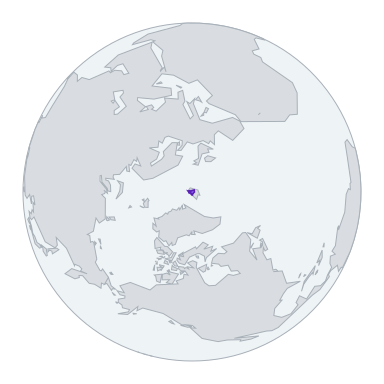 Norðurland eystra highlighted on a globe, orthographic projection, rotated 233°
{"feature_id": "ISL-702", "entity_name": "Norðurland eystra", "entity_type": "Region", "adm_level": 1, "iso_a3": "ISL", "parent_name": "Iceland", "parent_adm1": "", "projection": "orthographic", "projection_center": [-17.153, 65.518], "detail": "fine", "context": "on_globe", "style": "filled", "palette": "violet", "viewbox_px": 384, "rotation_deg": 233, "n_neighbors": 0, "source": "natural_earth", "source_scale": "10m", "svg_char_len": 11985}
<svg xmlns="http://www.w3.org/2000/svg" viewBox="0 0 384 384"><g transform="rotate(233 192 192)"><circle cx="192" cy="192" r="169" fill="#eef3f6" stroke="#a8b0b8"/><path d="M49.3,282.5L40.9,266.3L42.1,265.9L40.4,261.2L46.0,264.1L45.7,255.6L44.1,251.5L41.7,250.7L37.1,235.4L37.2,226.3L31.9,179.3L33.2,172.3L36.2,167.7L49.7,137.8L36.8,158.8L39.1,150.5L43.9,140.7L44.7,142.0L52.6,131.1L56.8,122.8L69.0,111.9L84.6,108.9L81.1,112.9L85.3,111.9L89.9,107.0L91.9,104.0L112.4,95.8L129.0,82.8L130.3,76.6L133.1,79.8L132.9,66.9L139.4,59.5L134.5,69.2L135.8,71.3L141.4,66.8L144.0,68.1L148.2,66.7L150.8,68.7L147.7,74.5L149.3,75.9L153.2,72.7L158.2,72.8L152.3,77.3L160.5,78.0L156.9,88.3L139.0,99.5L139.3,107.6L127.0,125.6L130.5,125.8L128.1,133.0L131.1,136.1L128.0,138.8L133.2,138.9L135.5,135.9L138.5,135.0L140.5,136.5L136.9,140.2L135.3,139.9L135.3,141.8L132.6,143.0L135.1,143.3L130.4,147.6L138.0,145.8L136.7,151.2L132.8,153.5L129.4,150.1L111.9,147.5L106.9,149.1L103.3,154.6L104.4,171.5L100.5,174.8L97.9,181.5L101.8,181.1L105.2,175.7L111.8,176.8L115.2,170.3L118.4,169.9L123.4,164.7L126.7,169.0L127.2,176.1L123.2,180.7L123.3,184.0L130.4,182.6L126.2,194.4L129.0,207.7L127.4,210.5L118.5,210.2L110.1,202.4L98.5,202.9L110.1,206.3L106.1,213.5L107.1,216.4L109.8,218.3L112.9,217.0L112.4,220.4L100.7,218.0L101.0,214.9L104.7,215.6L100.7,212.1L92.8,211.0L91.4,214.9L81.0,209.7L79.8,212.5L76.9,213.1L79.5,208.9L74.7,216.5L62.2,212.6L55.5,224.8L57.7,210.1L55.7,203.6L52.7,196.9L51.5,198.8L49.2,188.0L44.1,183.0L37.9,188.2L35.2,197.8L38.1,208.8L41.1,208.6L44.4,215.4L37.6,219.1L42.8,233.3L39.8,238.3L40.7,245.1L44.3,250.5L47.8,258.2L51.8,259.1L57.5,263.9L56.1,269.0L60.5,268.2L62.8,274.2L75.2,286.3L73.8,286.6L84.0,301.9L97.4,313.8L100.5,319.0L98.6,319.9L103.8,323.4L103.9,324.7L126.5,337.1L139.8,344.2L140.5,347.4L131.6,347.2L128.8,348.7L126.3,347.7L114.7,342.2L103.5,336.0L92.9,328.8L82.8,320.9L73.4,312.3L64.6,303.0L56.6,293.0L49.3,282.5ZM86.2,60.3L87.4,59.4L84.7,61.5L86.2,60.3ZM89.5,57.8L88.8,58.3L89.6,57.7L89.5,57.8ZM91.0,56.7L89.9,57.5L91.0,56.6L91.0,56.7ZM92.9,55.3L91.9,56.0L92.0,55.9L92.9,55.3ZM53.0,227.7L59.0,246.2L53.5,239.2L55.0,239.8L53.9,234.3L51.1,225.8L46.8,219.7L53.0,227.7ZM96.1,53.0L97.0,52.4L96.2,53.0L96.1,53.0ZM60.3,228.0L59.0,225.2L60.5,227.5L60.3,228.0ZM92.4,102.6L89.7,106.8L84.6,110.9L86.5,107.2L92.4,102.6ZM102.5,95.6L102.0,97.8L97.4,98.3L99.1,96.9L102.5,95.6ZM130.6,72.0L128.0,74.6L129.7,71.7L130.6,72.0ZM148.3,66.2L148.2,65.1L150.4,64.9L148.3,66.2ZM121.2,162.7L122.3,163.7L120.8,164.1L121.2,162.7ZM122.4,159.6L120.0,159.4L120.2,157.9L121.7,158.0L122.4,159.6ZM156.4,67.7L160.0,67.8L155.8,68.7L156.4,67.7ZM125.4,160.2L120.8,155.3L121.2,152.7L127.3,151.1L125.4,160.2ZM161.7,68.5L170.3,68.9L170.9,66.4L174.1,73.9L165.7,71.0L160.5,72.4L162.7,70.2L161.7,68.5ZM135.3,134.3L133.0,137.5L133.0,133.4L135.3,134.3ZM134.6,131.8L130.5,120.8L135.0,116.9L135.5,121.3L139.8,115.3L144.0,118.8L142.5,122.9L138.8,124.7L143.3,124.7L134.6,131.8ZM174.5,78.1L176.1,79.1L173.8,79.2L174.5,78.1ZM139.7,134.3L138.5,132.4L142.3,128.8L145.4,132.1L143.2,132.2L139.7,134.3ZM138.8,112.0L142.2,110.1L146.5,112.3L148.4,111.9L144.5,118.5L138.8,112.0ZM143.4,133.8L146.9,133.9L147.0,137.0L141.2,136.0L143.4,133.8ZM141.9,126.5L143.9,125.0L143.8,126.9L141.9,126.5ZM149.2,148.4L147.6,146.0L149.5,143.9L149.2,148.4ZM148.3,133.7L148.2,132.6L148.8,131.6L151.1,132.3L148.3,133.7ZM147.8,119.7L148.9,121.1L149.6,117.1L152.9,118.8L149.6,122.9L152.4,121.8L153.4,122.3L149.7,125.2L147.8,119.7ZM155.1,129.9L152.1,136.0L154.5,140.8L153.0,142.7L149.3,134.6L155.1,129.9ZM152.2,126.9L153.6,129.2L151.0,130.4L148.3,129.5L152.2,126.9ZM156.3,118.4L152.1,114.8L153.0,114.0L156.3,118.4ZM156.3,131.1L157.0,129.6L156.8,131.3L156.3,131.1ZM156.9,122.0L155.3,120.8L156.3,119.9L156.9,122.0ZM159.8,127.7L158.8,129.6L157.0,129.1L159.8,127.7ZM158.9,124.9L160.6,124.0L156.9,127.7L158.0,124.5L158.9,124.9ZM158.1,121.4L158.2,120.5L158.6,122.0L158.1,121.4ZM167.2,128.7L162.9,133.5L158.9,132.3L163.6,127.8L167.2,128.7ZM336.7,104.7L338.1,107.3L339.6,109.8L341.1,112.5L340.9,112.2L339.3,111.0L343.2,118.9L341.4,116.6L339.7,119.8L344.5,131.4L353.1,153.6L357.0,160.9L358.8,169.8L354.4,170.9L349.4,167.0L349.7,173.0L343.6,177.6L338.7,198.5L336.3,198.6L335.7,203.6L331.1,208.7L326.8,208.2L324.8,213.0L336.0,214.0L337.9,208.7L337.1,200.0L340.1,201.9L344.3,197.5L345.8,215.6L335.7,250.3L331.8,245.8L309.1,243.0L308.2,240.0L308.0,239.8L307.5,239.5L308.4,245.1L303.6,243.6L318.8,249.5L322.6,254.0L335.6,251.0L335.1,253.3L338.4,250.8L345.5,233.1L346.2,235.2L344.6,251.9L332.2,282.6L332.2,286.0L330.3,289.1L322.3,299.6L313.5,309.4L303.9,318.6L293.7,326.9L282.9,334.4L271.5,341.1L270.0,341.2L276.6,335.8L276.5,333.6L265.9,331.6L268.5,325.1L264.9,324.3L258.0,327.9L253.5,326.6L249.0,328.1L218.9,338.0L207.9,335.6L190.7,322.9L194.8,316.4L192.5,308.6L218.7,273.5L227.7,273.1L252.3,258.8L256.0,258.3L256.8,266.4L278.3,263.8L280.7,254.9L296.4,247.6L304.5,239.1L300.7,223.9L287.5,237.7L281.5,233.9L289.1,217.5L300.1,205.4L298.1,203.5L288.0,206.2L287.4,198.5L284.2,206.7L287.8,207.0L285.9,212.2L282.5,212.3L282.4,209.5L278.2,212.0L279.7,224.9L283.6,226.6L274.5,236.9L280.1,240.8L278.8,245.7L268.8,241.0L267.4,237.4L251.5,234.5L252.2,239.2L267.2,242.3L263.9,243.6L265.0,250.3L261.6,246.2L245.0,241.8L234.7,249.6L227.1,269.3L219.9,272.8L211.4,271.7L208.7,255.6L225.0,249.8L224.3,244.3L216.3,238.5L221.9,237.3L220.6,234.4L226.4,231.8L229.8,221.7L234.9,218.4L231.8,208.4L234.0,205.5L235.2,212.1L238.8,215.1L250.9,206.7L251.9,203.3L248.9,197.6L252.7,196.2L248.2,191.8L253.0,184.4L243.4,189.8L239.6,183.6L240.1,176.2L237.1,175.2L236.4,187.4L237.6,191.5L241.5,193.4L243.4,205.8L240.2,210.0L231.6,201.0L226.2,206.1L221.9,197.1L226.5,169.0L230.7,160.6L247.1,158.4L248.7,163.4L243.6,166.7L252.4,168.8L249.7,166.2L252.8,165.1L250.0,159.2L252.0,158.1L245.8,154.4L248.0,152.5L251.9,154.9L249.6,144.9L253.0,139.7L251.4,137.9L248.9,137.5L254.9,131.4L253.5,130.4L251.0,132.0L246.6,131.1L241.2,127.3L243.6,125.4L245.9,126.5L254.2,126.1L259.8,129.6L260.3,128.4L255.9,125.0L245.8,125.4L241.8,123.7L246.5,122.7L244.5,122.9L243.3,121.4L244.3,118.3L239.1,119.0L222.7,106.5L223.0,99.3L229.0,99.7L220.0,89.6L221.1,82.8L218.8,84.2L212.9,80.7L212.5,82.7L211.0,83.2L195.7,75.6L194.0,72.5L184.8,71.3L183.6,72.1L184.4,74.3L174.1,73.9L170.9,66.4L173.8,64.9L169.9,61.4L176.9,58.7L181.0,54.9L191.0,54.3L193.3,51.5L191.5,50.5L193.2,46.2L203.2,41.4L203.2,49.8L189.8,59.0L196.0,55.5L196.9,57.7L200.6,57.4L204.8,54.9L203.8,53.8L222.7,57.9L237.4,56.2L230.5,52.4L229.9,49.0L240.6,44.8L267.1,50.8L266.5,47.2L268.8,47.1L274.7,50.3L271.4,50.5L274.1,53.6L271.4,53.4L279.6,58.8L276.1,58.7L284.3,63.2L285.1,61.5L279.1,56.6L287.7,60.8L286.2,56.4L290.0,56.9L305.8,68.1L316.1,78.4L317.5,79.7L319.5,82.8L325.3,89.4L324.6,87.3L336.7,104.7ZM213.8,291.4L214.1,294.2L213.8,291.4ZM314.7,198.2L319.3,189.4L312.1,185.8L313.3,182.2L310.4,182.4L311.6,185.6L303.7,185.3L303.9,178.9L300.7,176.5L299.0,179.4L300.0,191.1L311.2,191.6L312.3,196.8L314.7,198.2ZM75.6,286.6L76.9,289.0L74.8,287.2L75.6,286.6ZM51.7,240.4L53.5,243.4L54.1,245.8L52.5,243.8L51.7,240.4ZM69.4,263.6L71.9,267.0L68.8,264.4L69.4,263.6ZM60.2,248.9L67.3,261.0L61.3,256.5L57.0,248.8L60.6,252.8L60.2,248.9ZM57.3,230.1L58.2,232.4L57.2,232.9L57.3,230.1ZM61.4,229.7L60.8,229.1L60.8,227.3L61.4,229.7ZM106.8,213.6L107.7,213.9L109.9,216.4L107.9,216.3L106.8,213.6ZM125.2,221.3L124.0,226.6L123.5,222.6L120.5,223.4L115.8,216.3L126.4,211.6L122.4,214.9L125.2,221.3ZM112.5,205.8L114.3,210.7L111.9,205.6L112.5,205.8ZM208.1,221.2L211.5,222.3L211.5,226.4L205.0,231.3L204.9,225.3L208.1,221.2ZM216.4,223.0L209.7,213.0L213.5,209.8L212.5,213.3L215.7,212.2L214.9,217.4L225.0,224.4L225.7,228.5L213.4,234.8L217.0,230.4L213.4,229.5L216.4,223.0ZM186.1,195.1L183.3,191.2L195.1,189.2L196.4,193.0L190.0,197.9L184.7,196.3L186.1,195.1ZM137.0,158.5L135.2,157.6L136.2,156.5L138.6,156.5L137.0,158.5ZM148.3,147.5L146.1,161.8L143.9,161.4L145.3,170.6L140.0,173.1L139.2,167.0L136.2,175.9L133.4,171.4L132.0,177.7L130.9,163.9L128.3,160.4L133.3,163.3L138.2,161.0L139.6,159.0L141.5,150.8L138.3,142.4L142.7,139.0L146.7,138.9L148.1,140.4L144.8,142.0L149.1,142.9L145.4,146.4L148.3,147.5ZM190.6,142.0L186.2,142.8L194.2,146.0L190.5,149.2L191.7,149.4L190.5,153.3L191.1,158.4L188.9,159.3L190.1,160.9L189.3,163.6L190.2,166.2L186.6,168.8L187.4,172.2L185.2,171.5L187.5,176.7L184.1,174.1L182.9,177.5L186.8,178.2L165.0,187.2L158.4,193.4L154.8,200.1L149.5,195.0L149.5,185.6L152.7,175.2L159.8,170.1L156.1,168.9L158.4,166.1L160.4,168.3L158.8,163.3L161.2,161.7L164.0,153.0L160.2,147.2L161.2,144.0L163.9,145.5L162.9,141.2L168.7,141.9L169.5,139.7L176.0,138.2L180.7,142.5L181.3,139.7L186.2,138.6L190.6,142.0ZM169.1,128.5L175.6,132.7L176.8,136.6L165.0,137.5L163.4,139.5L155.9,140.5L154.3,134.8L156.6,135.1L158.5,134.0L158.2,136.2L159.8,133.6L163.0,133.9L165.2,132.0L166.7,133.8L169.1,128.5ZM257.9,253.8L260.3,252.8L263.6,250.3L264.4,254.6L257.9,253.8ZM246.6,251.1L248.4,249.5L251.1,254.1L248.6,255.3L246.6,251.1ZM247.2,244.8L248.3,249.1L246.2,247.5L247.2,244.8ZM236.7,210.4L238.4,208.5L239.5,209.6L239.6,212.1L236.7,210.4ZM213.7,152.8L211.0,152.5L210.9,151.3L206.1,147.6L208.4,145.0L212.2,146.3L213.7,152.8ZM299.8,228.5L298.8,233.4L297.0,233.6L297.7,231.9L299.8,228.5ZM281.7,245.6L286.9,243.5L281.9,246.8L281.7,245.6ZM215.4,149.4L213.2,148.1L215.7,147.6L215.4,149.4ZM209.8,143.0L212.5,142.0L208.1,144.3L209.8,143.0ZM357.1,160.8L357.9,160.7L358.6,164.8L357.1,160.8ZM319.0,80.9L321.9,84.5L321.3,84.0L317.2,79.2L319.0,80.9ZM292.9,57.7L295.6,59.0L297.0,60.0L297.1,60.5L292.9,57.7ZM232.1,127.0L236.3,134.9L240.8,139.2L245.8,139.3L240.6,142.7L233.5,136.1L232.1,127.0ZM223.6,109.1L219.3,109.3L219.9,107.2L221.0,106.8L223.6,109.1ZM221.9,110.7L218.9,114.9L215.6,113.6L218.6,110.6L221.9,110.7ZM217.4,131.9L218.5,134.4L216.4,134.7L217.4,131.9ZM262.7,41.9L261.8,42.4L258.1,40.6L259.8,40.7L262.7,41.9ZM245.1,35.6L256.8,40.2L266.0,44.5L264.5,43.2L269.1,44.4L269.8,46.3L261.3,43.2L254.8,40.0L251.2,39.7L244.8,37.8L242.1,38.9L238.4,38.3L238.9,36.5L245.1,35.6ZM241.2,39.6L234.2,41.4L228.4,38.2L228.6,37.1L234.3,37.5L237.0,39.2L241.2,39.6ZM230.8,41.0L233.3,42.7L228.5,50.2L226.0,51.0L226.6,43.3L229.1,44.5L231.3,43.3L230.8,41.0ZM177.0,77.8L176.2,79.0L175.6,77.6L177.0,77.8ZM210.9,84.4L208.7,84.8L208.1,83.0L210.9,84.4ZM202.2,84.9L204.4,86.6L201.1,85.6L202.2,84.9ZM209.6,90.3L204.9,87.7L210.8,89.1L209.6,90.3Z" fill="#d9dde1" stroke="#a8b0b8" stroke-width="1"/><path d="M189.7,190.1L189.8,190.0L190.0,190.0L190.0,189.9L190.0,190.0L190.2,190.3L190.3,190.3L190.4,190.5L190.5,190.7L190.6,190.8L190.7,191.0L190.8,191.2L190.8,191.3L190.9,191.5L190.9,191.4L190.9,191.2L190.9,190.9L190.7,190.8L190.7,190.7L190.6,190.4L190.6,190.1L190.8,190.0L191.0,190.1L191.2,190.3L191.3,190.3L191.4,190.5L191.5,190.7L191.5,190.8L191.5,190.7L191.7,190.4L191.8,190.3L191.9,190.2L192.0,190.0L192.0,189.9L192.0,190.0L192.3,190.2L192.2,190.2L192.3,190.3L192.3,190.2L192.5,190.1L192.4,190.2L192.5,190.2L192.6,190.3L192.6,190.2L192.8,190.0L192.7,190.1L192.8,190.0L192.8,189.9L192.9,189.7L192.8,189.4L192.7,189.4L192.8,189.4L192.7,189.4L192.8,189.3L192.7,189.3L192.7,189.2L192.8,189.1L193.0,189.1L193.3,189.0L193.5,189.1L193.4,189.2L193.4,189.3L193.5,189.3L193.7,189.5L193.7,189.8L193.8,189.9L194.0,190.0L194.2,189.9L194.3,189.8L194.4,189.7L194.5,189.6L194.6,189.4L194.8,189.4L195.1,189.4L194.8,189.6L194.7,189.6L194.6,189.8L194.6,190.0L194.4,190.1L194.5,190.3L194.8,190.4L195.0,190.4L195.0,190.5L194.5,190.8L194.4,190.8L194.2,191.0L193.8,191.3L193.8,191.5L193.8,191.8L193.4,191.8L193.3,192.1L193.2,192.2L193.2,192.3L193.3,192.4L193.4,192.5L193.2,192.8L193.2,193.0L193.2,193.3L193.1,193.5L192.9,193.7L192.7,193.7L192.7,193.8L192.6,194.0L192.7,194.3L192.6,194.5L192.4,195.1L191.6,194.7L190.5,194.0L190.4,193.9L190.5,193.6L190.5,193.4L190.5,193.2L190.5,192.9L190.3,192.7L190.2,192.5L190.1,192.4L190.0,192.2L190.0,191.9L189.9,191.9L189.9,191.7L190.0,191.5L190.0,191.4L190.0,191.2L189.9,191.2L189.8,190.9L189.9,190.7L190.0,190.5L189.9,190.5L189.8,190.3L189.8,190.1L189.7,190.1ZM191.0,188.9L191.0,189.0L191.0,188.9L191.0,188.9Z" fill="#8b5cf6" stroke="#5b21b6" stroke-width="1.5"/></g></svg>